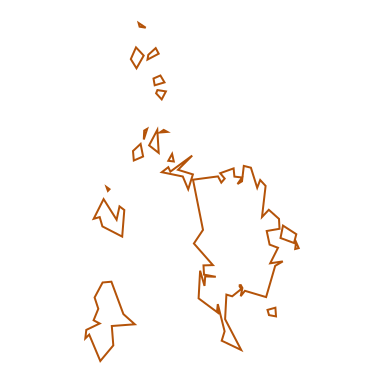 Balboa, Panama
{"feature_id": "35544464B8680648562753", "entity_name": "Balboa", "entity_type": "district", "adm_level": 2, "iso_a3": "PAN", "parent_name": "Panama", "parent_adm1": "", "projection": "natural_earth1", "projection_center": [-78.983, 8.439], "detail": "medium", "context": "isolated", "style": "outline", "palette": "amber", "viewbox_px": 384, "rotation_deg": 0, "n_neighbors": 0, "source": "geoboundaries", "source_scale": "gbopen_adm2", "svg_char_len": 1899}
<svg xmlns="http://www.w3.org/2000/svg" viewBox="0 0 384 384"><path d="M200.1,270.7L198.6,298.4L219.5,313.9L217.2,309.9L217.8,304.1L224.6,331.3L221.7,340.7L241.2,350.0L225.1,319.2L226.4,294.6L232.2,296.3L241.3,289.0L239.6,286.4L239.7,285.2L240.8,285.1L242.4,288.0L240.7,296.2L244.9,290.8L266.1,297.1L275.2,265.8L282.8,261.4L270.2,263.3L278.0,247.8L269.6,244.6L266.7,231.0L279.5,228.8L279.0,218.9L268.8,209.8L262.0,217.0L265.6,185.9L260.2,180.0L257.2,187.8L250.9,167.7L243.8,165.9L242.0,181.3L237.5,184.0L242.1,177.5L234.4,176.6L233.6,168.4L220.2,173.2L224.7,178.6L221.3,182.6L218.0,176.4L193.0,179.7L203.0,229.9L193.9,243.5L212.9,265.1L203.5,265.4L204.0,274.6L215.8,276.8L205.2,276.4L204.5,285.9L200.1,270.7ZM111.4,281.7L102.6,282.5L94.6,297.5L98.3,308.8L93.6,320.3L99.7,323.5L86.3,329.9L85.3,338.4L89.2,334.6L100.3,361.0L113.3,345.4L111.8,326.0L134.8,324.3L123.4,314.1L111.4,281.7ZM103.6,199.1L93.7,218.8L99.7,217.1L102.4,226.4L122.2,236.6L124.3,210.0L119.5,206.4L116.6,219.7L103.6,199.1ZM192.2,155.6L170.4,171.6L168.3,167.2L161.8,172.2L182.8,176.5L188.2,189.3L192.9,174.4L178.0,169.8L192.2,155.6ZM296.3,234.2L283.0,225.6L280.5,238.0L294.0,243.0L296.3,234.2ZM136.0,47.4L130.8,59.1L136.5,68.3L143.7,55.6L136.0,47.4ZM140.6,143.9L133.0,151.0L133.8,160.5L143.1,156.5L140.6,143.9ZM158.7,152.9L157.3,129.9L149.1,145.4L158.7,152.9ZM160.4,75.5L153.5,78.5L154.7,85.3L164.5,82.4L160.4,75.5ZM275.4,307.7L267.5,309.9L269.0,315.1L276.0,316.4L275.4,307.7ZM143.8,139.5L147.2,128.8L144.2,130.6L143.8,139.5ZM155.7,48.1L148.3,54.8L147.5,59.6L158.7,53.7L155.7,48.1ZM173.8,161.5L172.1,153.9L168.3,160.8L173.8,161.5ZM165.9,91.4L157.4,90.1L156.1,93.3L161.7,99.4L165.9,91.4ZM145.7,27.7L138.6,23.0L139.6,26.7L145.7,27.7ZM298.7,248.1L296.1,242.2L295.2,249.0L298.7,248.1ZM167.4,131.9L163.7,129.9L159.9,132.5L167.4,131.9ZM109.5,189.2L106.5,187.0L107.9,190.9L109.5,189.2Z" fill="none" stroke="#b45309" stroke-width="2"/></svg>